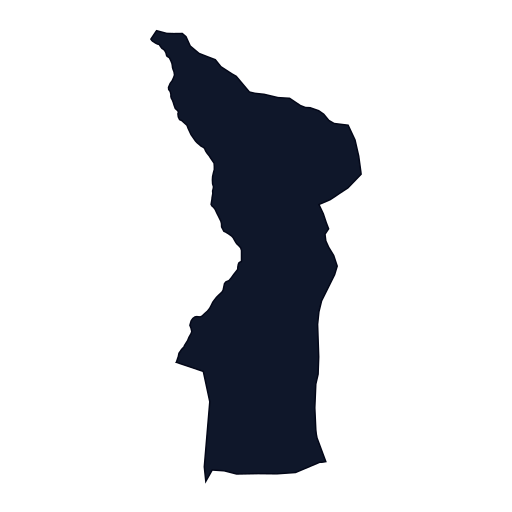 Ag Geneina, Western Darfur, Sudan (Equal Earth projection)
{"feature_id": "16777658B14333470072302", "entity_name": "Ag Geneina", "entity_type": "district", "adm_level": 2, "iso_a3": "SDN", "parent_name": "Sudan", "parent_adm1": "Western Darfur", "projection": "equal_earth", "projection_center": [22.252, 13.37], "detail": "fine", "context": "isolated", "style": "filled", "palette": "ink", "viewbox_px": 512, "rotation_deg": 0, "n_neighbors": 0, "source": "geoboundaries", "source_scale": "gbopen_adm2", "svg_char_len": 3057}
<svg xmlns="http://www.w3.org/2000/svg" viewBox="0 0 512 512"><path d="M348.1,125.2L334.1,123.5L328.8,120.4L323.7,114.2L318.7,110.7L310.1,107.7L305.4,107.5L300.3,105.5L289.6,98.3L278.0,97.6L264.1,94.3L254.9,93.3L249.4,92.0L236.2,76.3L231.8,73.8L220.9,66.7L215.3,59.7L206.9,56.5L199.0,53.4L190.2,46.0L186.0,36.7L182.3,33.5L173.6,33.6L166.7,33.4L157.4,30.9L156.6,30.7L155.7,31.9L155.2,32.7L150.9,39.1L151.7,40.3L152.6,41.2L153.3,41.6L153.6,41.8L153.8,41.9L154.5,42.4L154.8,42.6L155.6,43.1L157.2,43.9L157.7,44.1L159.0,44.4L159.1,44.5L159.3,44.6L160.6,46.6L161.9,48.3L162.1,48.5L162.6,48.7L162.8,48.9L164.5,50.2L165.9,52.7L166.6,55.5L167.0,56.2L167.4,56.5L169.2,57.6L169.4,57.8L170.8,60.6L171.9,63.3L172.3,65.4L172.5,67.4L173.0,69.2L174.0,71.7L174.5,75.0L173.6,77.6L172.1,80.9L170.2,83.4L168.5,87.4L168.7,89.5L170.2,91.5L170.9,94.3L170.9,96.6L171.3,98.1L172.3,99.9L173.2,102.2L174.1,105.2L175.3,108.5L177.0,110.0L178.5,111.8L177.9,113.8L178.3,116.9L179.6,119.6L181.8,120.6L183.9,122.5L187.0,125.3L188.1,128.3L191.1,134.7L193.2,137.7L195.5,141.0L197.2,142.8L199.6,144.8L200.9,146.0L203.3,147.3L204.6,148.4L205.3,150.2L205.8,151.2L206.3,152.0L207.3,153.5L209.2,155.8L210.3,157.6L214.1,163.2L214.1,163.3L214.3,166.4L214.3,169.7L213.5,172.5L212.6,176.5L212.4,179.8L212.6,183.8L213.5,186.8L213.2,188.7L212.6,191.0L212.8,193.5L212.0,198.1L212.0,198.9L211.1,204.4L212.0,206.0L213.5,207.2L215.1,209.3L217.1,213.6L218.4,216.1L220.0,219.4L220.9,221.2L221.5,223.7L221.6,226.9L222.2,228.1L222.9,229.3L223.0,229.6L223.1,229.8L223.2,230.0L223.9,231.3L225.6,232.0L227.0,232.9L228.2,233.6L229.2,234.3L229.7,234.6L230.0,234.9L231.6,236.0L233.1,237.6L234.5,240.1L235.4,241.7L236.7,243.7L238.4,245.3L238.8,245.7L240.7,247.8L241.3,249.8L241.5,250.4L241.5,252.9L241.5,255.5L241.5,257.7L241.5,259.9L241.4,261.5L239.8,262.2L238.8,263.0L238.2,264.8L238.0,266.1L237.9,266.5L237.8,267.4L237.7,269.4L233.7,274.5L231.2,278.0L229.0,280.6L226.0,281.8L224.5,283.6L223.1,290.2L222.0,292.0L219.9,294.0L218.8,295.0L216.5,297.3L214.7,299.6L212.8,302.2L211.3,305.3L209.7,308.3L207.5,311.1L205.0,313.3L202.0,316.1L200.3,316.9L198.6,316.8L196.7,316.6L195.0,316.9L192.9,318.4L192.3,319.2L191.8,319.9L191.1,321.0L190.6,322.8L189.9,325.3L191.0,328.1L191.8,331.6L191.0,333.7L189.0,337.2L187.8,340.1L187.5,340.8L186.5,342.3L184.9,344.9L184.6,345.3L183.9,347.1L182.9,348.0L181.8,349.2L181.1,350.1L180.3,351.4L179.9,351.9L179.0,353.2L178.5,355.5L178.4,356.3L177.7,358.3L177.1,360.1L176.4,362.2L176.3,362.3L203.3,371.4L209.8,401.7L204.3,466.8L205.8,481.3L212.2,470.0L224.2,470.8L236.6,474.0L258.2,473.6L276.8,473.8L295.5,472.5L319.6,462.3L319.9,462.2L321.0,462.3L322.9,462.1L325.8,461.6L317.0,437.9L316.3,434.2L315.8,429.8L314.8,407.8L315.8,384.1L318.1,374.2L318.7,356.9L317.6,324.3L318.9,311.8L321.6,300.8L322.2,299.6L334.6,274.7L337.2,266.1L333.7,255.5L328.7,247.3L325.8,240.9L325.0,234.2L328.6,228.8L326.2,222.5L323.3,213.8L318.9,204.5L330.1,199.7L335.0,196.5L338.9,193.8L347.9,187.9L361.1,174.2L360.8,171.5L358.7,156.1L355.0,139.9L348.1,125.2Z" fill="#0f172a" stroke="#020617" stroke-width="1.5"/></svg>